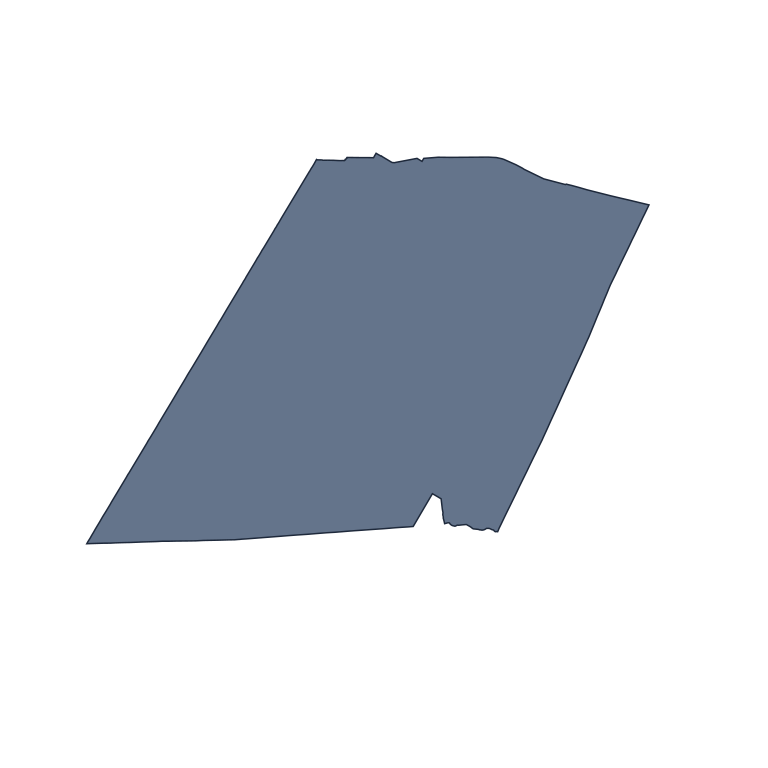 Khlong Luang, Pathum Thani, Thailand (Equal Earth projection), rotated 211°
{"feature_id": "78962969B47132537574289", "entity_name": "Khlong Luang", "entity_type": "district", "adm_level": 2, "iso_a3": "THA", "parent_name": "Thailand", "parent_adm1": "Pathum Thani", "projection": "equal_earth", "projection_center": [100.696, 14.103], "detail": "fine", "context": "isolated", "style": "filled", "palette": "slate", "viewbox_px": 768, "rotation_deg": 211, "n_neighbors": 0, "source": "geoboundaries", "source_scale": "gbopen_adm2", "svg_char_len": 5808}
<svg xmlns="http://www.w3.org/2000/svg" viewBox="0 0 768 768"><g transform="rotate(211 384 384)"><path d="M210.5,315.9L210.7,317.7L211.0,319.2L211.4,324.0L212.2,332.3L212.7,338.0L213.3,345.3L214.4,358.1L215.1,365.1L215.6,371.1L216.6,383.1L217.3,390.3L218.0,398.2L218.4,403.4L218.7,406.3L219.6,417.3L220.0,420.4L220.3,423.2L221.1,430.4L222.0,437.8L222.7,444.2L223.5,451.4L225.9,471.6L228.1,490.8L229.0,498.4L230.4,511.3L231.1,517.0L231.9,523.3L232.3,526.7L232.6,529.6L233.8,537.4L234.9,544.8L236.0,551.7L236.8,557.5L237.8,564.4L238.8,570.5L239.6,576.3L240.6,582.7L241.0,585.6L241.3,588.9L242.0,597.3L242.6,603.0L243.4,611.4L244.4,623.2L244.9,628.7L245.6,635.3L246.0,640.7L247.7,658.5L247.8,659.2L248.2,664.5L249.1,674.0L258.6,671.0L268.2,668.0L276.5,665.3L287.2,661.9L310.1,655.0L317.7,653.0L325.2,650.9L328.3,649.9L330.7,649.2L330.8,649.1L331.0,648.6L331.2,648.4L339.0,646.1L352.8,642.1L374.4,640.2L376.9,640.3L383.9,639.9L396.8,638.3L399.0,637.8L404.3,636.0L411.6,632.1L443.9,612.4L454.5,606.2L466.1,597.9L466.1,594.4L467.9,594.4L469.7,594.4L471.9,594.4L488.3,579.8L489.0,579.1L491.0,578.1L491.3,578.0L497.3,578.0L502.3,578.0L503.6,578.1L503.8,578.1L503.9,577.8L504.0,577.8L504.5,577.8L508.0,577.7L509.6,577.7L509.6,574.8L509.5,572.6L515.2,569.3L520.0,566.4L524.6,563.7L531.8,559.5L531.8,559.1L532.4,559.0L532.5,556.5L532.9,556.5L532.9,555.2L533.0,555.1L534.8,554.1L535.8,553.4L536.8,552.8L539.0,551.6L542.2,549.9L547.4,546.9L551.8,544.2L552.4,544.2L556.8,541.7L557.5,541.7L557.3,536.6L557.3,535.3L557.3,533.2L557.4,531.5L557.4,530.2L557.3,528.5L557.4,528.0L557.4,526.5L557.4,525.3L557.4,524.4L557.4,522.2L557.4,519.3L557.4,518.0L557.4,516.7L557.4,514.6L557.4,513.5L557.4,511.7L557.4,509.8L557.4,507.4L557.4,506.0L557.4,505.1L557.4,503.2L557.4,502.4L557.4,498.4L557.4,497.4L557.4,496.2L557.4,495.6L557.4,494.3L557.4,493.2L557.4,491.8L557.4,490.3L557.4,488.9L557.4,486.9L557.4,484.7L557.4,483.7L557.4,482.3L557.4,480.5L557.4,478.0L557.4,477.4L557.4,476.7L557.4,475.9L557.4,474.3L557.4,473.1L557.3,468.6L557.3,467.2L557.4,465.7L557.3,463.7L557.3,462.6L557.4,461.3L557.4,460.1L557.3,459.6L557.3,457.9L557.3,457.3L557.3,456.0L557.3,455.2L557.3,454.2L557.3,453.8L557.3,451.6L557.3,451.2L557.3,450.1L557.3,448.5L557.3,448.1L557.3,447.6L557.3,447.1L557.3,446.9L557.3,446.3L557.3,445.9L557.3,443.1L557.3,440.8L557.3,438.9L557.4,436.5L557.4,435.3L557.3,432.8L557.3,429.7L557.3,428.6L557.4,427.4L557.4,426.7L557.3,423.6L557.3,421.6L557.3,420.6L557.3,419.6L557.3,418.5L557.3,416.6L557.3,414.1L557.3,413.5L557.3,412.7L557.3,412.1L557.3,411.5L557.3,410.6L557.3,410.0L557.3,407.4L557.3,405.9L557.3,404.8L557.3,404.3L557.2,403.6L557.2,403.2L557.2,401.2L557.3,399.6L557.2,397.9L557.2,396.0L557.2,394.1L557.2,392.9L557.2,388.7L557.2,386.4L557.2,382.3L557.2,379.5L557.2,376.4L557.2,374.9L557.2,372.2L557.2,369.7L557.2,367.0L557.1,357.5L557.1,354.5L557.2,352.9L557.1,347.6L557.1,346.7L557.1,345.0L557.1,342.6L557.1,339.7L557.1,337.1L557.1,335.3L557.1,334.5L557.1,332.0L557.1,328.8L557.0,316.9L557.0,315.4L557.0,312.1L557.0,305.2L557.0,303.6L557.0,299.8L557.1,293.3L557.1,290.2L557.0,285.9L557.0,280.8L557.0,276.2L556.9,262.6L556.9,257.2L556.9,250.7L556.9,246.2L556.9,237.3L556.9,234.6L556.8,230.9L556.8,229.4L556.8,220.2L556.8,218.7L556.9,213.8L556.9,213.3L556.8,211.0L556.8,210.2L556.8,205.9L556.8,204.1L556.8,201.1L556.8,199.0L556.8,195.7L556.8,194.1L556.8,190.1L556.8,184.0L556.8,182.9L556.8,179.9L556.8,179.4L556.8,176.0L556.9,174.9L556.8,170.9L556.8,164.7L556.8,162.1L556.8,161.1L556.8,159.7L556.8,156.1L556.8,151.6L556.8,147.1L556.8,143.5L556.8,141.9L556.7,140.3L556.7,139.6L556.7,136.5L556.7,131.6L556.8,126.4L556.8,124.9L556.7,120.0L556.7,114.6L556.7,110.7L556.6,107.5L556.6,105.4L556.6,103.7L556.5,100.6L556.6,96.6L556.5,94.0L553.0,96.3L542.1,103.3L536.7,106.6L532.7,109.3L529.0,111.7L524.3,114.7L520.0,117.4L509.8,124.1L498.3,131.5L492.8,135.2L487.3,138.5L481.6,142.1L469.9,149.3L464.3,152.8L458.2,156.9L453.9,159.6L450.7,161.6L446.4,164.3L442.0,167.1L436.7,170.5L433.0,172.8L432.0,173.4L430.9,174.2L429.1,175.5L427.5,176.6L426.2,177.6L422.4,180.2L416.5,184.4L404.4,193.0L399.2,196.7L395.1,199.6L387.7,204.9L380.2,210.2L372.7,215.4L361.4,223.5L356.2,227.2L349.9,231.5L344.3,235.5L338.6,239.6L333.1,243.5L330.2,245.5L318.8,253.5L314.5,256.5L309.9,259.7L305.3,263.0L300.6,266.4L295.3,270.1L289.9,273.8L285.6,276.9L286.0,314.9L279.9,315.0L276.0,315.0L275.9,315.0L270.5,308.0L269.5,306.7L268.8,305.9L267.9,304.9L267.7,304.7L267.4,304.3L267.3,304.2L267.1,304.0L266.6,302.8L266.4,302.5L266.3,302.3L266.1,302.1L265.9,301.8L264.7,300.6L264.5,300.3L264.4,300.2L264.3,299.8L264.3,299.7L264.2,299.6L262.7,298.2L261.5,297.0L260.1,295.5L259.8,295.8L257.9,297.8L257.7,298.0L257.4,298.2L256.5,298.5L256.4,298.6L256.1,298.5L255.5,298.2L255.1,298.0L254.9,297.9L254.4,297.9L253.8,297.8L252.8,297.8L252.4,297.9L252.0,298.0L250.3,298.5L249.9,298.7L249.8,298.8L249.6,299.0L249.3,299.5L249.1,299.7L248.9,300.1L248.7,300.4L248.7,300.5L248.3,300.9L247.4,301.3L246.8,301.7L245.4,302.8L244.2,303.7L241.7,305.5L241.3,305.8L241.1,305.9L240.7,306.0L239.6,306.0L237.6,306.1L236.0,306.1L235.6,306.0L235.3,306.0L235.2,306.0L234.1,305.8L233.8,305.8L233.5,305.8L233.0,305.8L232.9,305.8L232.7,305.9L231.6,306.4L229.9,307.2L228.4,307.9L228.0,308.0L227.6,308.1L227.4,308.2L227.0,308.2L226.9,308.3L226.6,308.4L226.3,308.6L226.1,308.7L225.6,308.8L225.4,308.9L224.6,309.3L224.3,309.5L223.4,310.3L223.0,310.8L222.7,311.2L222.6,311.4L222.3,311.9L222.2,312.1L222.0,312.6L221.9,312.9L221.7,313.0L220.7,313.7L220.0,314.1L219.1,314.5L218.9,314.5L218.4,314.6L216.8,314.7L216.2,314.8L215.0,315.2L214.9,315.2L214.7,315.2L214.4,315.1L214.2,315.0L214.0,314.9L213.7,314.8L213.0,314.7L212.8,314.7L212.7,314.8L212.4,314.8L212.1,314.9L212.0,315.0L211.6,315.4L211.5,315.5L211.4,315.6L211.1,315.7L210.5,315.9Z" fill="#64748b" stroke="#1e293b" stroke-width="1.5"/></g></svg>